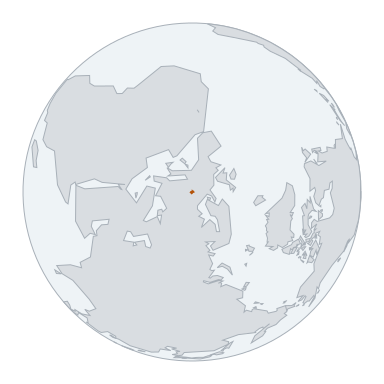 Pardubický highlighted on a globe, orthographic projection, rotated 134°
{"feature_id": "CZE-10373", "entity_name": "Pardubický", "entity_type": "Region", "adm_level": 1, "iso_a3": "CZE", "parent_name": "Czechia", "parent_adm1": "", "projection": "orthographic", "projection_center": [16.129, 49.893], "detail": "fine", "context": "on_globe", "style": "filled", "palette": "amber", "viewbox_px": 384, "rotation_deg": 134, "n_neighbors": 0, "source": "natural_earth", "source_scale": "10m", "svg_char_len": 10958}
<svg xmlns="http://www.w3.org/2000/svg" viewBox="0 0 384 384"><g transform="rotate(134 192 192)"><circle cx="192" cy="192" r="169" fill="#eef3f6" stroke="#a8b0b8"/><path d="M66.8,78.5L83.5,62.7L74.0,71.1L78.8,66.5L89.1,58.2L96.7,52.7L110.1,45.5L120.8,44.1L116.1,46.2L119.2,45.9L125.4,43.4L128.6,41.9L147.7,40.3L168.3,36.7L173.8,33.8L173.4,36.1L183.0,29.8L193.6,28.3L182.3,31.2L181.6,32.5L189.1,31.9L190.0,33.1L194.1,33.7L194.6,35.3L188.0,37.3L188.1,38.6L193.4,38.1L197.1,39.7L189.4,40.2L195.1,43.2L185.1,47.9L164.0,49.1L159.0,54.4L138.8,63.0L141.2,64.1L135.0,68.6L135.5,71.6L131.6,72.7L135.4,74.3L138.9,72.7L141.7,73.0L142.3,74.8L137.4,76.3L136.4,75.7L135.3,77.1L132.6,77.1L134.3,78.1L128.3,80.0L135.1,80.8L131.0,84.6L126.8,85.1L126.2,81.5L115.0,75.0L110.5,75.1L104.9,78.4L96.5,91.9L92.0,93.7L86.7,98.6L89.6,99.1L94.8,95.4L98.9,97.9L104.8,93.5L107.3,94.0L113.7,91.2L113.8,95.5L110.5,101.4L105.1,104.1L103.5,106.9L109.5,107.7L100.4,116.4L96.0,128.8L93.5,130.8L87.1,128.1L84.8,119.1L76.5,116.9L83.0,122.5L76.7,128.0L76.1,130.8L77.1,133.1L79.9,132.7L78.0,135.7L70.9,130.9L72.5,128.1L74.7,129.6L73.6,125.5L68.8,123.0L66.0,126.3L61.7,119.9L59.6,122.3L57.5,122.4L61.1,118.9L54.6,125.3L49.1,120.9L40.1,132.4L47.7,118.5L49.7,112.7L51.4,107.0L49.8,108.7L54.1,99.7L54.4,96.2L49.3,101.9L43.8,111.0L39.6,119.9L40.7,118.9L39.0,124.6L35.1,129.9L31.3,142.7L28.7,149.2L26.9,156.5L26.2,161.2L25.2,169.0L26.2,168.8L27.1,173.2L25.3,179.7L27.2,177.7L26.7,184.6L29.6,198.1L28.9,198.5L31.1,217.7L36.4,233.5L37.6,241.0L36.7,242.4L39.2,247.6L39.3,249.5L51.9,269.4L60.6,282.7L61.8,288.9L57.5,289.2L60.4,297.8L58.0,294.9L50.7,284.7L44.2,274.0L38.6,262.8L33.8,251.2L29.8,239.4L26.8,227.2L24.6,214.9L23.4,202.5L23.1,190.0L23.7,177.5L23.7,177.4L25.3,166.6L25.9,162.4L25.6,162.7L29.1,147.2L32.2,137.4L37.2,124.2L43.2,111.9L50.2,100.2L58.0,89.0L66.8,78.5ZM37.7,135.3L33.5,153.6L33.4,146.8L33.9,147.2L35.5,141.8L37.5,133.7L38.2,128.3L37.7,135.3ZM41.3,135.3L41.8,132.7L41.6,134.9L41.3,135.3ZM129.9,41.2L125.4,43.3L119.5,45.2L123.2,43.2L129.9,41.2ZM141.2,38.5L139.3,39.7L136.0,39.3L138.1,38.8L141.2,38.5ZM177.5,31.6L173.6,32.3L177.0,31.3L177.5,31.6ZM194.6,33.5L195.4,32.9L197.2,33.5L194.6,33.5ZM113.2,89.0L113.4,90.1L112.1,90.0L113.2,89.0ZM115.8,86.9L114.1,86.1L115.1,85.0L116.1,85.5L115.8,86.9ZM199.6,36.6L202.2,37.8L198.4,36.9L199.6,36.6ZM117.6,88.2L117.0,83.1L118.8,81.3L124.1,81.7L117.6,88.2ZM203.0,38.7L209.5,41.9L211.9,40.9L208.8,45.8L204.3,41.3L199.2,40.3L202.6,39.9L203.0,38.7ZM139.7,71.5L136.0,73.2L138.5,70.2L139.7,71.5ZM140.6,69.6L144.3,60.7L150.0,59.3L147.6,62.4L154.6,59.6L155.6,63.2L152.0,65.6L148.1,65.8L151.4,67.1L140.6,69.6ZM206.1,48.3L206.7,49.4L204.9,48.6L206.1,48.3ZM143.0,72.9L143.2,71.1L148.2,69.7L148.7,73.1L146.9,72.4L143.0,72.9ZM155.9,57.1L159.7,56.8L161.5,59.7L163.2,60.0L156.1,63.2L155.9,57.1ZM146.1,73.6L148.8,74.9L147.0,77.2L143.1,74.6L146.1,73.6ZM149.3,68.0L151.7,67.6L150.5,68.9L149.3,68.0ZM142.2,86.4L142.3,84.1L144.9,83.1L142.2,86.4ZM149.9,75.2L150.5,74.4L151.5,73.8L152.9,75.1L149.9,75.2ZM157.9,65.1L157.9,66.4L160.9,63.9L162.4,66.1L157.4,67.9L160.2,68.1L160.7,68.8L156.0,69.5L157.9,65.1ZM157.4,74.7L151.5,78.1L150.6,82.5L148.3,83.4L150.1,76.2L157.4,74.7ZM157.0,71.6L156.7,73.7L153.9,73.6L152.4,72.2L157.0,71.6ZM165.3,67.1L164.3,63.2L165.4,62.9L165.3,67.1ZM157.7,76.0L159.1,75.1L158.0,76.3L157.7,76.0ZM163.6,69.7L163.0,68.4L164.4,68.1L163.6,69.7ZM162.4,74.8L160.5,75.8L159.4,74.8L162.4,74.8ZM163.4,72.5L165.3,72.5L160.1,73.8L162.9,71.9L163.4,72.5ZM164.9,69.7L165.5,69.1L164.9,70.4L164.9,69.7ZM167.7,78.2L161.4,80.1L159.0,77.8L165.4,76.2L167.7,78.2ZM113.7,292.5L101.2,268.2L106.2,262.0L106.4,251.9L140.5,225.6L148.6,229.6L176.5,228.0L180.2,229.6L177.8,238.3L199.5,248.6L205.4,241.1L224.1,244.3L235.9,241.6L238.4,224.4L219.1,228.6L214.7,221.1L229.5,210.8L246.3,207.2L245.2,204.2L233.8,199.9L236.8,192.8L229.7,197.9L233.2,200.5L228.8,203.9L225.4,201.8L226.6,199.2L221.3,198.9L216.9,211.6L220.0,215.6L206.6,219.6L210.4,226.8L207.1,230.8L199.4,220.1L199.5,215.8L185.9,204.1L184.5,208.9L197.3,220.5L193.7,219.7L191.9,226.9L190.4,220.9L176.8,207.5L164.2,209.6L149.5,225.4L141.9,225.4L134.8,220.4L138.8,203.0L155.4,205.0L157.1,199.4L152.5,190.0L158.0,191.6L158.2,188.2L164.3,188.6L171.9,181.0L178.0,180.5L179.9,170.2L183.3,168.6L181.2,175.1L183.0,179.6L198.1,178.5L200.6,176.1L200.6,169.6L204.8,170.3L202.9,164.2L211.0,160.6L199.5,160.0L199.2,152.9L203.5,146.9L201.3,144.6L194.3,154.4L193.4,158.5L195.9,162.0L191.6,173.7L186.7,175.8L183.4,163.6L176.0,165.3L176.7,155.5L195.1,134.4L203.4,129.7L219.3,136.4L218.0,141.2L211.7,141.1L218.5,147.5L217.5,143.9L220.9,144.7L221.5,138.6L224.0,138.9L220.3,132.6L223.4,132.3L225.7,136.3L229.2,127.4L235.3,125.4L234.9,123.3L232.7,121.6L241.9,120.4L241.2,119.0L238.0,118.7L234.4,115.7L231.8,110.1L235.1,110.0L236.5,112.0L244.5,116.3L247.7,122.0L248.8,121.4L246.8,116.5L237.1,111.2L234.5,107.9L239.4,109.7L237.4,108.8L237.2,107.1L240.1,105.5L234.9,103.3L228.0,86.5L232.9,82.1L238.0,85.3L236.7,74.6L242.3,71.1L239.3,70.8L236.6,66.0L234.8,67.0L233.1,66.5L225.4,55.4L226.2,53.0L219.4,48.6L217.9,48.5L216.9,50.0L208.8,45.8L211.9,40.9L215.3,41.2L214.8,38.2L222.6,39.5L228.9,39.5L237.7,43.2L241.9,43.1L241.2,42.0L246.4,41.3L259.4,44.5L251.8,46.9L232.9,44.7L240.8,45.8L239.9,47.2L243.3,48.7L248.8,49.5L248.9,48.6L262.3,59.5L277.3,67.0L274.2,61.7L276.5,60.3L290.9,65.9L312.9,86.1L316.3,85.8L319.3,88.2L322.7,93.4L318.4,90.1L318.0,92.4L315.0,89.9L319.1,97.7L315.0,94.6L320.1,102.5L322.8,103.1L320.8,97.1L327.0,105.8L330.3,104.9L335.4,110.0L345.5,129.6L348.8,142.5L350.0,145.0L348.8,146.7L351.0,155.7L356.1,159.7L357.2,163.2L359.0,177.9L358.4,175.6L355.4,180.0L357.6,189.9L359.9,188.6L360.8,193.8L360.2,197.4L359.0,193.3L357.9,194.6L356.2,186.6L351.7,179.6L350.9,187.6L349.1,183.1L342.7,180.1L340.5,191.6L338.3,216.3L341.0,228.7L338.9,238.2L328.8,228.9L323.2,218.8L320.3,223.6L309.3,219.9L292.4,232.2L289.4,230.0L286.3,233.9L278.5,234.3L273.7,230.0L269.2,232.7L282.0,243.6L286.7,240.6L289.8,232.0L292.5,236.6L299.9,237.1L293.9,255.5L267.8,280.2L264.2,271.3L239.3,248.9L239.5,245.2L239.4,244.9L239.0,244.2L237.7,250.5L233.1,245.4L247.5,263.3L250.3,271.3L267.4,280.9L266.0,283.0L271.2,284.0L286.7,272.9L287.0,276.0L280.3,293.7L258.0,319.4L260.4,328.0L257.9,335.6L242.9,344.1L243.0,347.8L235.1,350.9L233.8,352.8L226.8,355.6L215.5,358.5L197.5,360.0L197.3,359.1L189.6,356.6L179.3,346.6L184.8,341.0L183.6,335.8L170.4,322.3L173.4,314.4L169.6,310.6L162.1,310.7L157.6,305.8L153.0,305.1L123.2,301.4L113.7,292.5ZM129.9,242.2L129.2,245.4L129.9,242.2ZM265.1,211.4L274.5,207.5L268.5,199.0L271.6,196.9L268.4,194.9L268.0,198.4L260.0,192.5L263.4,187.4L261.4,183.2L258.1,184.4L253.1,194.8L264.6,203.2L263.2,208.5L265.1,211.4ZM29.8,198.5L29.9,201.4L29.2,199.2L29.8,198.5ZM32.2,148.3L31.9,151.2L31.3,153.6L31.3,151.7L32.2,148.3ZM32.9,171.9L33.2,175.6L32.4,172.8L32.9,171.9ZM33.2,156.4L32.6,169.1L31.1,164.4L31.6,156.5L32.0,160.4L33.2,156.4ZM38.8,137.4L38.4,139.6L37.7,140.2L38.8,137.4ZM41.1,137.0L41.1,136.4L41.9,134.6L41.1,137.0ZM77.1,128.2L77.6,128.7L78.1,131.4L76.7,130.9L77.1,128.2ZM86.9,139.9L83.6,144.3L85.0,140.6L82.5,140.5L82.3,132.9L92.3,131.4L87.8,133.3L86.9,139.9ZM84.9,122.7L83.8,127.4L84.6,122.3L84.9,122.7ZM153.2,170.3L155.6,172.9L153.8,176.7L146.0,178.2L148.6,172.6L153.2,170.3ZM159.5,175.8L158.4,163.7L163.2,162.6L160.7,165.2L164.0,165.7L160.8,170.1L166.5,181.1L165.2,185.2L151.6,185.2L156.8,182.8L154.0,180.3L159.5,175.8ZM147.1,137.9L146.7,133.5L157.6,136.6L156.7,140.4L149.0,142.0L145.4,138.4L147.1,137.9ZM127.2,90.3L126.3,89.0L127.7,88.5L129.5,89.2L127.2,90.3ZM142.0,85.4L132.4,95.8L130.9,94.7L127.1,102.5L121.7,102.8L124.3,97.7L117.3,103.9L117.6,99.5L113.2,104.1L119.7,92.7L119.7,89.2L121.8,92.9L126.8,92.7L128.9,91.5L134.9,85.7L137.2,78.4L142.5,77.3L145.7,78.4L145.9,80.0L142.4,80.2L145.2,82.2L140.3,83.7L142.0,85.4ZM179.1,97.1L175.0,95.9L179.9,101.6L175.0,102.5L175.9,103.2L172.7,105.7L170.4,109.9L168.0,109.7L168.2,111.5L166.1,113.3L165.4,115.7L161.0,116.3L159.9,119.3L158.4,117.9L157.6,123.1L156.2,119.6L153.4,121.8L156.3,124.0L133.9,123.0L125.6,125.9L119.4,130.3L117.8,124.1L122.5,116.2L130.4,108.7L138.6,107.1L136.4,104.8L139.7,103.4L140.1,105.8L141.4,101.3L144.2,100.8L151.2,95.1L151.5,89.3L154.1,87.2L155.4,89.3L157.0,85.8L161.2,88.4L163.2,87.0L169.2,88.4L170.6,93.5L172.7,91.6L177.4,92.8L179.1,97.1ZM169.3,78.7L172.1,84.2L170.8,87.5L160.7,83.8L158.4,84.6L151.9,82.7L153.9,78.0L155.6,79.0L157.7,78.8L156.2,80.3L159.0,79.0L161.4,80.4L164.1,79.8L164.3,81.7L169.3,78.7ZM183.8,226.3L186.5,226.6L190.6,226.1L189.6,230.8L183.8,226.3ZM174.3,217.3L176.7,216.8L177.3,222.8L174.4,222.5L174.3,217.3ZM177.5,211.6L176.8,216.3L175.5,213.6L177.5,211.6ZM183.3,174.4L185.8,173.5L186.3,175.0L185.1,177.4L183.3,174.4ZM192.7,115.5L190.5,114.0L191.1,113.1L189.0,108.0L192.4,107.1L195.1,109.8L192.7,115.5ZM235.4,228.1L232.3,232.1L230.4,231.0L231.9,229.8L235.4,228.1ZM210.1,232.5L216.1,233.8L209.7,233.8L210.1,232.5ZM196.1,113.7L194.8,111.6L197.3,112.5L196.1,113.7ZM194.8,106.2L197.7,106.7L192.6,106.4L194.8,106.2ZM284.0,323.5L270.8,338.4L263.7,341.5L263.4,339.5L269.0,331.6L277.6,326.0L282.2,320.6L284.0,323.5ZM360.3,207.2L360.2,208.0L357.2,205.8L358.3,201.4L360.8,197.0L360.8,199.4L360.8,198.9L360.3,207.2ZM341.7,229.2L344.8,232.9L343.3,236.6L341.7,229.2ZM354.1,144.3L353.1,141.2L353.3,141.6L354.1,144.3ZM351.4,136.0L351.3,135.8L350.7,134.1L351.3,135.7L351.4,136.0ZM351.6,148.2L352.1,152.0L351.2,150.6L350.2,144.8L351.6,148.2ZM339.3,114.5L342.4,118.9L343.6,121.0L342.3,119.9L339.3,114.5ZM223.7,105.2L222.8,113.0L224.4,118.6L228.9,121.3L222.2,121.0L219.7,112.5L223.7,105.2ZM227.1,88.7L223.2,86.7L225.1,85.6L226.2,85.9L227.1,88.7ZM224.6,88.9L219.4,90.3L217.3,87.9L221.8,87.3L224.6,88.9ZM207.8,101.6L207.3,103.9L205.3,103.1L207.8,101.6ZM350.0,132.0L350.8,134.5L347.1,126.6L346.0,123.5L349.3,130.5L349.1,129.9L350.0,132.0ZM318.8,84.0L316.9,82.8L314.9,79.9L316.7,81.5L318.8,84.0ZM306.4,70.1L313.7,78.7L319.3,86.2L319.3,85.3L323.7,89.9L321.7,89.6L315.2,81.9L311.6,76.9L307.7,73.7L303.0,68.9L298.7,66.7L295.5,64.1L298.3,64.7L306.4,70.1ZM297.0,66.0L287.9,61.3L285.6,57.5L287.1,57.7L292.2,61.3L293.1,63.1L297.0,66.0ZM285.0,59.2L285.8,60.9L274.1,59.8L271.1,58.7L278.8,57.0L279.9,58.7L283.2,59.8L285.0,59.2ZM208.4,49.1L206.9,49.4L207.4,48.4L208.4,49.1ZM232.2,67.2L230.0,66.4L230.7,65.1L232.2,67.2ZM224.4,63.5L225.1,65.5L223.0,63.5L224.4,63.5ZM227.0,70.1L224.8,66.3L228.9,69.9L227.0,70.1Z" fill="#d9dde1" stroke="#a8b0b8" stroke-width="1"/><path d="M192.9,191.3L193.0,191.4L193.2,191.2L193.3,191.2L193.3,191.3L193.3,191.5L193.2,191.6L193.1,191.8L193.2,192.0L193.2,192.3L193.3,192.4L193.3,192.5L193.3,192.8L193.2,192.8L192.9,192.8L192.5,192.9L192.4,192.8L192.3,192.7L192.2,192.7L191.9,192.6L191.7,192.5L191.4,192.5L191.4,192.4L191.2,192.3L191.1,192.2L191.0,192.3L191.0,192.2L190.9,192.2L190.8,191.9L190.7,191.8L190.7,191.7L190.6,191.4L190.8,191.4L191.0,191.3L191.3,191.3L191.3,191.2L191.4,191.3L191.6,191.2L191.7,191.3L191.8,191.4L191.9,191.5L192.0,191.5L192.3,191.6L192.6,191.4L192.7,191.2L192.9,191.3Z" fill="#f59e0b" stroke="#b45309" stroke-width="1.5"/></g></svg>